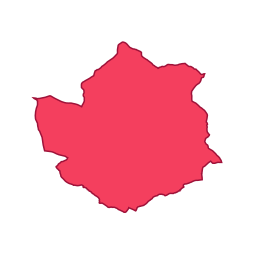 Merghindeal, Sibiu, Romania (Robinson projection), rotated 191°
{"feature_id": "2599482B74262616140775", "entity_name": "Merghindeal", "entity_type": "district", "adm_level": 2, "iso_a3": "ROU", "parent_name": "Romania", "parent_adm1": "Sibiu", "projection": "robinson", "projection_center": [24.738, 45.982], "detail": "fine", "context": "isolated", "style": "filled", "palette": "rose", "viewbox_px": 256, "rotation_deg": 191, "n_neighbors": 0, "source": "geoboundaries", "source_scale": "gbopen_adm2", "svg_char_len": 5691}
<svg xmlns="http://www.w3.org/2000/svg" viewBox="0 0 256 256"><g transform="rotate(191 128 128)"><path d="M84.4,202.3L84.8,202.1L87.0,201.5L89.2,200.6L90.1,200.2L91.0,199.5L93.3,198.7L94.2,198.5L96.7,198.6L98.0,198.3L100.2,198.1L100.9,198.0L101.6,197.5L102.8,196.2L103.7,195.5L104.6,195.1L105.4,195.0L106.1,195.0L106.4,194.9L107.3,194.2L109.0,193.4L109.2,193.2L109.3,192.6L109.9,192.3L110.8,192.9L113.1,193.6L113.9,194.1L115.7,194.8L116.7,195.8L118.2,196.6L121.2,198.0L122.4,198.7L123.1,198.8L126.5,200.2L128.0,201.1L128.3,201.4L128.7,202.3L129.1,204.0L129.2,204.6L129.3,204.8L129.8,205.1L130.7,205.5L133.7,206.2L134.3,206.3L134.9,206.6L135.7,206.5L136.7,206.7L138.1,206.6L139.1,206.8L141.9,207.6L142.3,208.0L143.8,209.1L144.7,209.9L146.2,210.8L147.3,211.2L148.8,211.4L149.7,211.3L150.2,211.0L152.6,208.6L153.1,208.0L153.4,207.3L153.3,203.2L153.1,201.9L152.8,200.6L152.6,199.4L152.7,199.0L153.3,197.9L154.2,196.6L154.6,195.8L156.2,193.6L161.0,188.8L161.2,188.3L162.7,186.3L163.0,186.0L163.3,185.6L164.8,184.0L165.4,183.5L166.2,181.9L167.5,180.6L168.0,179.9L168.6,179.6L169.5,179.4L170.0,178.5L170.4,178.3L171.0,178.1L171.1,177.8L171.4,176.1L171.6,173.2L171.7,172.6L172.3,172.3L172.9,171.7L173.8,170.9L174.8,169.8L177.1,167.8L178.7,166.5L180.5,164.8L181.2,164.3L182.0,162.9L182.0,161.6L181.4,158.9L181.2,158.7L179.9,157.7L179.2,157.4L178.4,156.5L178.3,155.8L177.9,154.7L178.0,153.7L178.3,152.8L178.2,151.9L178.1,151.3L177.8,150.7L176.7,149.7L176.4,147.8L176.1,146.6L176.1,145.7L176.6,143.5L177.4,141.3L177.5,140.1L177.8,140.0L178.6,140.4L181.9,141.3L184.2,141.5L188.6,141.6L191.0,141.1L193.3,140.8L194.8,140.8L197.6,141.1L199.1,141.4L205.0,143.0L206.9,143.6L209.7,144.6L210.3,144.7L211.3,144.5L215.0,142.4L220.3,140.2L222.7,139.5L223.2,139.5L223.9,139.7L226.5,139.5L225.9,139.1L224.7,138.7L222.8,138.2L222.5,137.6L222.3,137.3L221.9,137.2L221.7,135.7L221.3,134.0L221.3,132.5L221.7,130.1L221.8,126.4L221.6,124.7L221.4,122.6L220.6,119.6L220.2,118.7L219.0,117.2L218.8,116.7L218.1,116.0L217.8,115.5L217.0,112.8L215.9,110.3L215.7,109.5L215.5,109.2L214.2,108.1L210.5,102.4L208.0,95.2L205.5,89.7L199.3,90.1L197.8,90.1L196.1,89.8L193.1,89.0L191.8,88.8L190.9,88.6L184.2,88.3L182.4,87.5L181.5,87.3L181.7,86.5L181.9,85.7L182.5,84.9L184.9,83.2L185.4,82.7L185.7,82.7L186.0,82.5L186.5,82.4L186.9,82.3L187.2,82.0L187.4,81.8L187.5,81.5L188.0,80.8L189.4,79.4L189.5,78.8L189.8,78.3L190.0,77.7L190.2,77.4L191.0,76.7L191.2,76.3L191.2,76.1L189.8,74.7L188.2,73.8L187.9,73.4L187.7,73.2L186.9,73.0L186.7,72.8L186.1,70.8L185.7,70.3L185.5,69.8L185.2,69.4L184.6,67.8L183.8,67.0L181.9,65.8L179.2,63.8L177.4,63.0L175.1,62.3L172.2,62.0L171.3,61.8L170.6,61.4L169.4,61.7L167.3,61.7L166.4,61.8L165.1,62.2L163.8,62.8L162.9,63.2L162.7,63.3L160.8,62.7L160.6,62.4L160.9,61.8L160.9,61.6L160.4,61.5L160.2,61.2L159.4,61.5L158.9,61.4L158.5,61.2L157.6,61.2L157.3,61.1L156.9,60.6L156.0,60.1L156.0,59.8L155.1,59.6L154.6,59.3L154.4,59.0L153.9,58.7L153.0,58.6L152.3,58.3L151.8,58.1L151.4,57.5L150.8,57.3L150.1,56.8L149.2,56.7L148.6,56.2L147.1,55.4L145.9,55.1L143.9,54.1L142.7,53.0L142.3,52.2L142.4,51.8L142.3,51.0L142.0,50.8L141.8,50.2L142.0,49.6L142.0,49.2L141.9,49.0L141.6,48.8L141.3,48.8L139.1,49.3L138.5,49.2L136.7,48.5L133.9,47.3L132.7,46.5L131.4,46.4L129.7,47.1L128.8,47.3L128.6,47.1L128.4,47.1L126.7,47.5L125.8,47.6L125.1,47.3L123.7,47.1L122.9,46.8L122.0,46.2L120.4,45.9L117.4,45.1L116.7,45.0L116.1,44.6L115.7,44.6L114.8,44.7L114.0,45.2L113.4,46.2L112.3,48.6L112.1,49.2L111.9,49.5L112.0,49.9L107.2,48.9L104.8,48.1L104.5,48.3L104.3,48.6L104.4,49.3L104.0,50.0L103.9,51.2L103.5,52.1L103.1,52.5L102.2,52.9L101.8,53.3L100.8,53.6L100.1,54.0L99.3,54.3L98.4,54.9L98.0,54.9L97.7,55.1L97.2,55.8L96.7,56.2L95.9,57.0L94.7,58.7L94.2,59.8L93.6,60.3L93.1,61.0L92.5,61.4L92.2,61.8L92.1,62.2L91.6,62.5L91.0,63.1L90.7,63.6L90.3,64.7L89.3,65.6L87.8,66.6L87.3,66.8L86.9,66.9L86.0,67.4L85.6,68.2L85.4,68.4L84.3,69.0L82.0,69.5L81.6,69.3L80.7,69.4L79.8,69.2L78.7,68.6L77.1,69.5L76.4,70.2L75.9,70.6L75.6,71.0L74.7,71.6L74.0,71.9L70.9,72.4L70.1,73.2L68.9,73.5L68.8,73.8L68.0,74.2L67.6,74.6L67.1,74.8L67.0,75.1L66.3,75.9L65.1,76.2L65.0,76.7L65.1,77.2L64.7,77.2L64.5,77.4L64.4,77.6L64.5,77.8L64.4,78.1L63.6,79.2L63.1,79.5L62.9,79.9L62.1,80.4L61.9,80.8L62.6,81.3L62.7,82.6L62.7,82.8L61.9,83.7L60.0,84.3L57.3,85.8L56.6,86.4L55.9,86.7L53.8,88.3L52.5,89.1L51.2,89.6L49.7,89.9L45.3,91.4L45.9,93.8L46.8,96.5L46.8,96.8L47.1,97.4L47.0,97.5L46.8,97.5L46.9,98.2L47.1,101.6L47.1,102.2L47.1,103.1L47.0,103.7L46.8,104.0L45.4,105.2L44.0,107.1L42.4,109.3L40.5,111.2L38.3,109.6L37.3,109.7L35.9,110.0L35.2,110.5L34.2,110.9L34.0,111.2L32.5,111.6L31.5,111.7L29.5,112.1L30.5,114.0L30.9,114.4L31.5,115.0L32.4,116.1L33.8,117.2L35.5,118.1L37.1,119.5L40.5,121.7L44.9,123.3L45.3,123.7L45.6,124.2L45.8,125.1L46.5,126.3L47.0,126.6L47.6,126.8L48.4,127.3L48.8,127.7L50.1,129.4L50.1,129.8L49.9,131.0L49.8,131.8L49.9,132.2L49.5,132.9L48.4,134.0L48.0,134.2L48.0,134.5L47.3,135.4L46.9,136.1L46.8,136.6L46.8,137.0L47.6,137.5L49.4,139.2L50.0,140.7L50.5,142.9L50.4,143.9L50.8,145.0L51.2,145.5L51.3,145.9L50.7,146.8L50.8,147.0L51.2,147.9L51.5,148.2L52.2,148.6L52.4,149.8L52.3,152.2L52.5,155.7L53.1,156.8L55.7,159.4L57.0,160.3L57.8,160.6L59.7,161.7L61.0,162.1L63.7,163.9L66.1,165.3L69.0,166.1L70.2,166.6L70.4,166.9L70.7,167.6L71.0,168.9L71.5,171.7L72.3,173.7L72.5,176.2L71.1,179.5L69.6,182.4L68.9,183.4L67.8,184.6L67.0,185.2L66.6,185.9L65.9,187.2L65.6,188.5L65.5,190.9L65.1,191.5L64.0,192.0L63.7,192.2L63.4,193.0L63.4,194.2L63.1,195.8L64.0,195.6L65.0,194.9L65.8,194.6L66.6,194.6L67.9,195.5L68.8,196.3L70.2,197.2L72.1,198.3L72.5,198.7L72.9,198.7L73.4,198.5L74.1,198.5L75.6,199.5L77.9,200.3L78.5,200.3L79.6,200.1L80.3,200.1L84.4,202.3Z" fill="#f43f5e" stroke="#9f1239" stroke-width="1.5"/></g></svg>